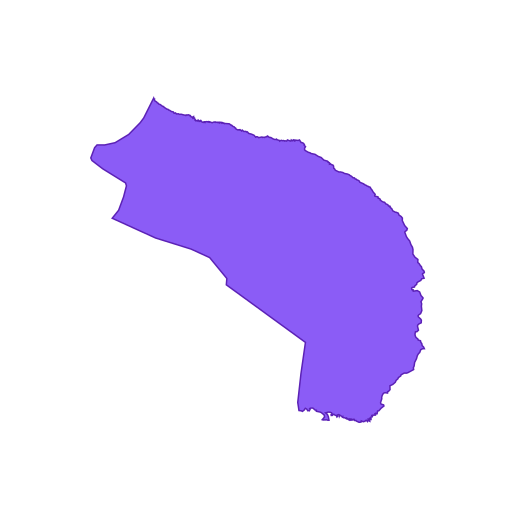 Mitsamiouli-Mboudé, Andjazîdja, Comoros (Equal Earth projection), rotated 114°
{"feature_id": "10938185B67203865227918", "entity_name": "Mitsamiouli-Mboudé", "entity_type": "district", "adm_level": 2, "iso_a3": "COM", "parent_name": "Comoros", "parent_adm1": "Andjazîdja", "projection": "equal_earth", "projection_center": [43.317, -11.447], "detail": "fine", "context": "isolated", "style": "filled", "palette": "violet", "viewbox_px": 512, "rotation_deg": 114, "n_neighbors": 0, "source": "geoboundaries", "source_scale": "gbopen_adm2", "svg_char_len": 6028}
<svg xmlns="http://www.w3.org/2000/svg" viewBox="0 0 512 512"><g transform="rotate(114 256 256)"><path d="M379.7,153.9L379.0,151.6L379.1,150.4L377.1,149.3L375.1,149.0L375.2,147.5L376.3,145.7L375.8,145.2L375.8,144.4L374.1,144.2L373.5,144.9L372.6,144.0L371.8,142.2L372.7,139.3L372.4,138.1L373.3,137.7L372.5,134.0L372.5,132.7L373.5,129.1L375.2,127.9L378.6,128.9L378.5,128.0L376.9,124.7L376.8,123.4L376.3,122.5L373.3,124.6L371.7,126.3L371.0,128.7L369.3,126.6L368.7,125.2L368.5,123.3L369.2,122.2L370.5,122.9L371.1,122.4L370.5,121.3L369.4,121.1L368.9,120.5L369.2,119.6L369.2,117.4L370.1,116.6L369.2,116.2L368.1,117.0L367.3,116.1L367.3,115.4L368.4,114.7L367.3,114.7L367.7,112.0L368.0,111.7L367.4,111.4L368.0,111.0L368.1,110.0L367.7,109.3L367.8,108.1L367.1,107.5L367.3,106.8L367.9,106.8L367.7,106.0L367.9,104.3L366.9,104.7L366.5,103.8L366.8,103.2L367.4,103.4L367.6,103.0L367.0,102.4L367.0,102.0L366.1,102.0L366.5,101.1L365.3,100.2L365.3,99.8L366.0,99.7L366.2,99.0L365.6,97.8L366.0,97.2L366.0,94.2L365.0,92.5L363.8,92.8L363.8,90.6L363.1,90.0L362.9,89.3L361.7,89.0L361.1,88.2L361.0,87.8L361.6,87.6L361.9,86.8L360.5,86.9L360.6,85.9L359.9,86.3L359.9,85.7L360.6,85.6L360.7,84.8L359.5,85.3L359.2,86.2L358.9,85.1L358.6,86.4L358.3,86.4L357.7,85.9L358.4,84.9L358.4,84.5L357.7,84.8L357.1,85.6L356.4,85.4L355.7,84.4L355.1,84.4L354.6,85.3L354.3,85.2L352.8,82.3L351.7,83.2L351.0,82.7L351.2,81.4L350.8,81.2L348.2,81.9L347.4,80.8L344.2,79.8L341.0,78.1L340.1,78.9L340.4,81.4L340.1,82.0L339.2,82.6L335.3,83.0L334.0,83.7L332.1,84.0L329.9,83.8L328.9,83.2L328.4,82.5L327.7,80.1L326.4,80.6L325.8,79.9L323.6,79.2L320.1,80.9L317.7,78.8L314.7,77.4L312.6,77.4L310.4,76.4L309.2,76.5L306.7,75.0L305.6,75.2L302.7,73.0L301.7,70.7L300.6,69.6L295.6,65.8L294.1,66.8L292.2,66.8L288.7,67.8L284.5,67.6L281.3,68.1L278.9,67.8L277.7,67.2L274.6,67.4L272.9,66.0L272.2,64.5L270.9,66.0L270.3,67.7L268.5,69.0L267.9,70.2L266.5,71.3L266.8,73.6L266.0,74.3L265.3,76.8L264.1,78.1L262.7,79.0L260.4,79.5L259.7,78.2L257.7,77.4L254.6,79.8L253.5,80.2L251.9,79.6L249.8,77.9L247.4,78.8L246.6,79.9L245.6,82.9L244.8,83.6L243.8,83.5L241.7,82.2L238.4,82.3L234.6,84.5L232.3,85.2L230.6,86.7L226.8,86.2L226.3,86.4L225.0,89.2L222.3,91.9L222.0,94.6L224.1,97.9L224.0,98.4L223.0,98.6L223.3,100.0L222.1,100.8L221.2,100.5L219.9,98.6L218.9,98.8L216.5,97.7L215.1,98.1L213.5,97.3L211.3,95.5L209.5,95.4L207.9,93.4L204.8,96.6L204.3,96.6L202.8,95.5L202.3,95.6L201.3,96.6L200.4,99.0L198.4,100.6L198.0,101.8L196.6,103.9L196.1,105.6L193.3,106.7L192.4,110.4L190.4,113.5L186.3,115.2L184.4,116.6L182.4,119.3L179.8,121.7L178.3,124.7L177.1,126.5L173.7,129.8L172.9,129.7L171.2,128.7L169.4,128.9L167.7,132.6L164.2,136.7L161.8,137.7L160.9,139.4L160.4,142.1L159.0,143.4L159.0,145.6L159.3,146.4L159.1,149.4L157.5,151.3L157.4,152.2L156.5,153.3L156.7,153.8L156.0,154.1L156.4,155.3L155.5,156.5L155.6,158.6L154.6,160.4L154.9,161.1L154.9,162.9L154.4,165.3L153.8,165.4L153.3,166.5L153.6,167.8L152.4,168.5L152.5,169.7L153.0,171.6L152.6,172.1L151.2,172.2L149.8,175.2L148.6,176.7L147.5,178.9L146.8,179.4L146.7,180.2L147.0,181.5L146.7,181.9L146.9,182.9L146.6,184.1L146.8,185.2L146.4,186.0L146.6,186.7L146.3,187.3L146.4,191.1L145.5,192.2L145.3,193.4L145.4,195.1L145.0,195.6L145.3,196.7L144.7,197.6L144.6,198.1L145.1,199.0L144.3,201.3L144.2,203.2L143.9,203.6L143.9,205.7L144.6,208.7L144.4,210.6L144.9,213.2L145.5,214.3L145.4,218.4L144.4,219.7L144.3,220.6L142.2,221.8L141.6,222.9L141.8,223.4L141.7,225.2L142.1,225.9L141.4,225.8L141.3,226.9L140.9,227.0L141.0,228.1L140.5,228.5L140.7,228.9L140.3,229.4L140.8,233.0L139.5,236.5L139.7,239.7L139.1,243.4L140.0,247.6L139.7,248.6L140.0,250.4L139.6,253.9L139.2,254.8L137.6,255.5L136.0,255.2L135.2,257.0L134.5,257.1L133.7,258.6L133.7,260.3L134.0,260.9L132.3,263.5L133.3,264.5L134.3,267.7L134.9,267.2L135.2,267.5L134.7,268.4L134.7,269.2L135.8,269.3L136.0,270.2L135.7,271.0L136.7,270.9L137.0,271.3L137.2,274.5L138.5,274.7L139.0,276.5L139.4,276.8L139.3,277.8L140.0,278.9L140.0,279.9L140.9,280.7L140.9,281.3L141.3,281.3L141.0,281.9L141.2,284.2L140.9,284.7L141.4,284.9L141.7,286.0L141.9,286.2L142.1,287.6L141.7,290.8L142.1,291.3L142.1,292.8L141.7,294.0L142.1,294.0L142.3,294.7L142.7,294.7L143.7,296.2L144.2,296.3L144.7,298.2L145.0,298.3L145.0,299.2L146.8,301.7L146.5,303.0L146.8,304.0L147.6,304.6L146.5,306.9L146.5,309.6L147.0,312.7L146.4,313.6L146.1,314.6L146.6,315.1L146.3,316.0L147.2,317.8L146.6,319.7L147.6,320.0L147.3,320.9L147.5,321.8L147.1,322.0L147.7,323.2L148.2,323.6L148.2,325.1L147.9,326.4L147.4,326.7L147.4,327.6L146.9,328.4L147.0,329.8L146.4,331.4L146.7,331.6L146.1,334.2L147.5,338.1L147.9,338.6L147.6,339.2L148.1,339.8L147.7,340.3L147.8,341.1L148.2,341.1L148.1,341.8L148.6,341.9L148.2,342.6L148.6,343.2L148.5,343.5L149.0,344.3L149.3,344.1L149.2,344.9L149.6,345.1L149.5,345.7L149.8,346.0L150.1,347.7L150.5,347.7L150.6,348.8L152.1,350.3L152.2,352.1L152.5,352.5L152.2,352.7L152.2,353.1L152.6,353.7L152.5,354.1L152.7,354.4L153.0,354.0L153.4,356.0L154.3,357.1L154.8,356.9L154.9,357.3L154.9,357.7L154.4,357.8L154.6,358.2L155.4,358.4L155.6,359.6L154.6,361.6L154.8,361.7L155.3,361.0L155.8,362.3L155.6,363.0L156.0,363.0L155.4,364.2L156.4,364.3L156.5,365.3L157.0,365.9L156.9,366.4L156.5,366.1L156.4,366.9L155.8,367.2L155.6,368.6L155.1,368.6L155.4,369.2L154.6,369.5L155.3,369.8L154.8,370.0L155.3,370.2L154.9,370.7L155.3,371.7L154.9,372.3L154.8,373.3L154.4,373.3L154.5,375.2L155.2,376.1L155.2,376.6L156.2,377.2L156.0,378.0L156.4,378.6L156.9,381.9L157.8,383.7L157.6,384.6L158.6,386.5L158.0,387.7L158.9,388.8L158.0,390.1L158.4,392.1L158.0,394.4L158.2,395.2L157.8,396.0L158.1,397.5L157.9,398.0L157.5,400.6L157.0,401.2L157.3,402.1L156.6,405.0L156.7,406.9L156.2,407.5L156.2,408.7L155.7,409.3L155.4,411.5L154.5,412.5L153.9,412.5L153.9,413.3L153.4,413.7L175.5,414.7L181.3,416.0L196.7,421.7L209.8,430.8L216.1,439.4L219.2,446.4L222.7,447.5L233.6,446.8L235.5,444.7L238.7,431.4L242.3,404.9L244.6,402.9L256.0,401.0L270.1,400.1L280.0,402.7L280.4,355.0L276.1,318.2L276.3,297.7L288.4,273.5L294.4,271.4L314.8,175.7L345.1,167.1L372.8,158.3L379.7,153.9Z" fill="#8b5cf6" stroke="#5b21b6" stroke-width="1.5"/></g></svg>